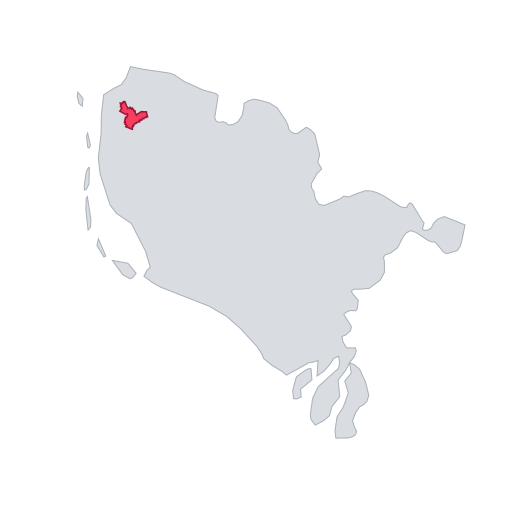 location of Groningen, Groningen, Netherlands, rotated 279°
{"feature_id": "6326949B19731519413910", "entity_name": "Groningen", "entity_type": "district", "adm_level": 2, "iso_a3": "NLD", "parent_name": "Netherlands", "parent_adm1": "Groningen", "projection": "albers", "projection_center": [6.605, 53.21], "detail": "fine", "context": "in_parent", "style": "filled", "palette": "rose", "viewbox_px": 512, "rotation_deg": 279, "n_neighbors": 0, "source": "geoboundaries", "source_scale": "gbopen_adm2", "svg_char_len": 6669}
<svg xmlns="http://www.w3.org/2000/svg" viewBox="0 0 512 512"><g transform="rotate(279 256 256)"><path d="M319.4,457.6L310.4,457.2L302.0,456.8L297.5,456.1L292.8,453.9L290.7,449.5L288.1,444.2L288.9,440.9L296.9,431.9L298.1,429.3L297.3,428.0L298.1,423.9L304.3,410.3L305.2,404.8L302.5,400.9L298.7,398.6L286.1,394.4L280.1,388.6L277.4,383.5L274.7,382.1L270.5,383.7L260.0,385.4L251.6,382.5L241.7,372.8L239.6,364.3L238.5,357.8L236.1,355.5L232.6,358.8L228.3,363.9L219.9,364.4L217.5,363.1L217.2,360.2L216.8,357.3L214.5,353.8L212.1,351.8L201.2,361.3L197.2,361.1L192.3,357.3L190.0,353.5L184.5,355.5L179.4,359.8L180.8,368.4L178.1,369.8L172.1,368.9L165.3,365.1L157.8,362.8L146.4,356.5L130.1,360.7L119.1,354.5L109.8,353.6L104.2,348.8L98.2,340.9L102.9,336.1L107.2,334.5L124.3,334.2L136.6,337.8L158.2,355.2L163.9,355.2L169.9,353.3L167.0,348.7L161.5,346.4L153.4,341.6L147.0,335.1L162.6,333.6L160.6,330.3L158.7,324.7L143.1,304.8L146.1,299.7L150.6,288.7L156.0,279.5L160.1,277.2L167.0,270.8L182.0,251.9L191.7,236.5L199.0,217.9L210.3,166.7L213.5,158.0L218.5,148.5L224.4,150.4L228.4,153.3L243.2,146.3L268.7,127.8L276.3,111.4L283.7,103.8L312.5,89.3L328.3,84.9L352.7,83.9L370.3,81.3L391.4,80.3L399.5,89.5L404.2,96.2L411.7,99.9L423.4,102.4L422.8,115.8L423.1,142.1L422.3,146.8L417.1,157.9L411.6,177.9L410.2,191.0L408.5,193.5L385.9,193.6L382.7,195.8L382.3,198.7L383.4,202.1L382.9,205.4L381.1,208.1L382.1,212.5L386.0,217.4L393.2,220.5L400.9,220.7L404.8,220.2L407.7,223.7L410.6,229.1L410.4,235.9L409.3,245.1L405.7,253.6L395.3,263.5L390.6,266.9L386.1,268.7L384.0,271.3L383.0,274.6L383.3,277.5L390.8,285.3L390.6,287.1L388.5,291.2L385.6,295.0L366.1,303.0L358.1,302.4L353.5,306.4L352.1,307.1L347.0,303.4L335.7,299.2L331.4,300.6L329.1,302.9L321.9,305.6L316.8,310.0L316.7,315.6L325.6,330.3L328.8,333.2L328.9,338.6L333.3,345.5L337.7,354.1L338.2,359.6L337.6,365.1L335.3,372.9L327.2,391.2L327.1,394.7L327.7,397.4L330.4,398.2L332.5,399.6L331.9,402.0L316.9,414.6L314.9,416.8L308.7,416.1L307.7,418.2L308.5,421.7L310.9,424.7L316.3,426.3L320.8,429.6L324.4,436.0L319.4,457.6ZM165.3,365.1L163.9,370.4L160.3,376.1L148.3,384.1L136.0,389.2L129.8,388.3L125.6,385.2L123.4,382.1L117.0,378.9L108.2,377.1L102.5,380.0L98.4,382.8L95.0,382.2L92.5,379.5L90.7,375.6L88.6,363.4L95.3,361.4L109.7,361.2L120.6,365.9L135.2,368.6L146.5,363.2L155.2,368.4L165.3,365.1ZM142.9,314.8L151.1,322.8L152.8,325.3L153.4,327.9L142.5,330.6L131.4,320.8L123.7,322.7L121.0,318.1L121.1,315.3L129.1,313.3L142.9,314.8ZM228.8,130.6L220.2,140.3L215.2,137.4L213.8,135.0L216.6,127.4L229.2,114.8L228.8,130.6ZM266.7,87.1L258.8,88.1L255.3,86.1L274.3,80.9L286.2,79.3L288.3,80.1L266.7,87.1ZM317.3,77.6L300.8,79.7L295.2,77.9L294.3,76.2L298.8,75.3L312.9,75.2L317.2,76.7L317.3,77.6ZM248.3,97.7L232.5,107.6L231.2,106.0L241.4,97.2L248.3,97.7ZM384.5,60.5L376.8,60.9L379.0,57.2L386.2,54.4L390.0,54.4L384.5,60.5ZM351.1,70.5L339.3,75.2L336.5,74.2L337.2,72.8L347.5,69.9L351.1,70.5Z" fill="#d9dde1" stroke="#a8b0b8" stroke-width="1"/><path d="M366.0,114.6L366.2,114.4L366.6,114.6L367.2,114.7L367.5,114.8L367.4,114.8L367.8,116.4L367.9,116.5L368.1,116.6L368.2,116.8L368.4,117.0L368.5,117.1L368.9,116.8L369.4,117.6L369.6,118.0L369.9,118.5L370.0,119.2L370.2,119.7L370.2,119.9L370.3,120.1L371.8,119.3L371.7,119.4L371.7,119.5L371.8,119.5L371.9,119.8L371.9,120.1L372.0,120.1L372.2,120.3L372.0,120.6L372.1,120.9L372.1,121.0L372.2,121.3L372.3,121.5L372.3,121.8L372.5,121.9L372.9,121.8L373.0,121.8L373.0,122.0L373.3,121.9L373.9,122.7L374.2,122.9L374.5,123.2L374.5,123.3L374.5,123.5L374.4,123.6L374.5,123.6L374.8,123.7L374.9,123.8L374.9,124.0L375.1,124.2L375.1,124.3L375.2,124.5L375.3,124.7L375.4,124.8L375.5,124.9L375.6,125.0L375.7,125.3L375.7,125.5L375.8,125.4L375.9,125.5L375.7,125.7L375.6,125.8L375.7,126.0L375.8,126.0L376.1,126.2L376.2,126.3L376.3,126.3L376.3,126.5L376.4,126.8L376.4,127.0L376.3,127.3L376.2,127.3L376.5,127.2L377.7,126.6L378.8,126.1L379.3,125.9L379.5,125.8L379.7,125.7L380.1,125.6L381.3,125.2L381.1,124.2L380.8,122.1L380.8,121.9L380.6,121.7L380.6,121.4L380.8,121.2L380.8,120.5L380.5,120.1L380.4,119.8L380.3,119.7L380.0,119.5L380.0,119.3L379.9,119.1L379.4,118.8L379.3,118.7L379.2,118.5L378.8,118.4L378.5,118.2L378.4,117.4L378.2,117.0L378.1,116.9L376.8,116.2L376.6,116.1L377.0,115.9L376.7,115.5L376.9,115.3L377.5,115.1L377.7,114.9L378.1,114.6L378.9,113.9L379.0,113.9L379.3,114.0L379.5,114.1L379.9,114.0L380.3,114.0L380.3,113.9L380.2,113.0L380.0,112.8L380.0,112.7L380.3,112.5L380.6,112.5L380.7,112.4L380.9,112.4L381.0,112.3L381.1,112.2L381.3,112.1L381.6,112.1L381.5,111.8L381.6,111.7L381.8,111.5L381.8,111.4L381.9,111.2L382.0,111.2L382.2,110.9L382.2,110.7L382.3,110.6L382.5,110.6L382.4,110.5L382.3,110.4L382.2,110.2L382.3,110.0L382.2,110.0L382.4,109.8L382.4,109.6L382.5,109.7L382.3,109.4L382.5,109.3L382.5,109.2L382.4,109.2L382.6,109.0L382.7,108.8L382.8,108.7L383.2,108.3L382.8,107.9L382.0,106.9L382.0,106.7L381.6,106.3L383.1,105.4L384.4,104.4L385.4,103.9L387.8,102.5L387.6,102.2L387.8,101.8L387.6,101.4L387.8,101.3L387.5,101.0L387.1,100.4L386.9,100.6L386.8,100.8L386.7,100.6L386.4,100.2L386.1,100.3L385.7,99.7L385.6,99.4L385.5,99.1L385.4,99.0L385.8,98.7L385.7,98.6L385.7,98.4L385.6,98.5L385.4,98.4L385.4,98.5L385.1,98.4L384.9,98.3L384.7,98.4L384.5,98.5L384.4,98.6L384.4,98.8L384.2,99.0L384.3,99.0L384.2,99.2L384.2,99.4L383.9,99.4L383.6,99.3L383.4,99.1L382.9,98.9L382.7,98.8L382.5,98.7L382.4,98.7L382.3,99.1L382.2,99.1L380.8,100.5L380.6,100.3L380.1,99.8L379.8,99.6L379.5,99.4L379.1,99.4L378.8,99.3L378.4,99.2L378.1,99.0L377.8,98.9L377.8,99.0L377.7,99.3L377.5,99.6L377.4,99.8L377.5,99.8L377.4,99.9L377.3,100.2L377.3,100.4L377.2,100.7L377.1,100.8L375.5,104.9L375.6,105.0L376.0,105.6L376.1,105.8L376.2,106.2L376.3,106.4L376.3,106.7L376.3,106.9L374.9,107.2L374.8,106.9L373.8,106.9L373.9,106.7L372.2,106.3L372.3,105.6L372.4,105.4L372.1,105.4L372.1,105.5L371.7,105.5L371.1,105.5L370.6,105.5L370.5,105.2L369.8,105.3L369.4,105.4L369.2,105.4L369.3,105.3L369.2,105.2L368.8,105.1L368.4,105.2L368.1,105.2L368.2,105.3L368.2,105.7L367.9,105.7L367.8,105.8L367.6,105.9L367.5,106.0L367.4,106.0L367.1,106.0L366.8,106.1L366.5,106.0L366.5,105.9L365.9,106.1L365.6,106.1L365.6,106.3L365.9,106.6L365.7,106.7L365.7,106.8L365.4,107.1L365.3,107.3L365.1,107.5L364.8,107.4L364.6,107.7L364.6,107.8L364.4,107.7L364.2,107.8L364.3,107.6L364.1,107.6L363.9,107.3L364.0,107.3L363.3,107.1L363.3,107.5L363.3,107.8L363.2,107.9L363.2,108.2L363.1,108.4L363.1,108.6L362.8,109.5L362.7,109.7L362.7,109.8L362.8,109.8L362.7,110.0L362.3,111.7L361.9,113.1L362.1,113.3L362.1,113.5L361.8,113.9L361.8,114.1L363.3,113.7L363.5,113.6L364.0,113.7L364.0,113.8L364.2,114.0L364.3,114.0L364.3,114.3L364.6,114.4L365.5,114.1L365.6,114.3L366.0,114.5L366.0,114.6Z" fill="#f43f5e" stroke="#9f1239" stroke-width="1.5"/></g></svg>